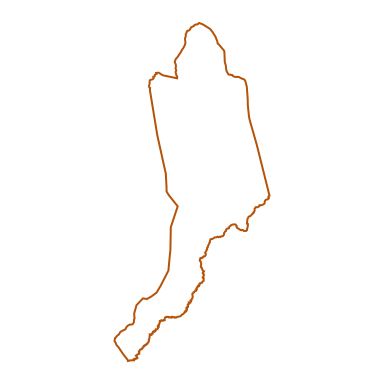 Kacheliba, Rift Valley, Kenya
{"feature_id": "3690345B93324860747201", "entity_name": "Kacheliba", "entity_type": "district", "adm_level": 2, "iso_a3": "KEN", "parent_name": "Kenya", "parent_adm1": "Rift Valley", "projection": "mercator", "projection_center": [35.077, 1.98], "detail": "fine", "context": "isolated", "style": "outline", "palette": "amber", "viewbox_px": 384, "rotation_deg": 0, "n_neighbors": 0, "source": "geoboundaries", "source_scale": "gbopen_adm2", "svg_char_len": 6013}
<svg xmlns="http://www.w3.org/2000/svg" viewBox="0 0 384 384"><path d="M247.7,98.9L246.8,86.7L245.4,81.3L244.8,80.1L243.9,79.3L242.1,78.7L239.0,77.1L237.1,76.8L236.2,77.0L233.9,76.6L233.1,76.1L232.4,75.1L231.1,75.0L230.9,74.8L230.3,74.6L229.0,74.7L228.3,74.1L226.8,71.6L226.1,69.1L226.0,66.7L225.5,64.4L224.8,62.3L224.4,52.2L224.1,50.7L219.0,44.6L217.6,43.4L217.4,41.6L215.5,36.8L212.6,32.1L210.2,29.1L209.7,28.7L203.2,24.6L200.9,23.6L199.0,23.0L197.8,24.2L194.8,24.8L193.9,25.9L191.1,27.4L190.7,27.9L190.2,29.2L189.4,30.1L188.5,30.7L187.5,30.8L187.1,31.0L186.8,31.6L186.6,32.7L186.0,33.6L185.7,34.5L185.8,35.6L185.7,36.4L185.3,37.5L184.9,39.5L185.4,41.5L185.4,42.9L184.7,45.4L183.1,48.4L182.2,49.5L180.4,52.9L179.5,54.0L177.6,57.0L175.7,59.1L174.7,61.9L175.7,64.4L175.9,65.5L175.9,66.8L175.7,67.5L175.6,68.7L176.2,70.3L176.2,70.8L175.6,71.8L175.6,72.2L176.5,75.7L177.2,76.5L177.1,78.3L163.3,75.4L162.0,74.8L158.7,72.7L157.0,72.8L156.2,72.9L156.4,74.0L155.8,74.0L155.0,74.7L154.7,75.4L154.8,76.0L154.4,76.6L154.2,76.8L153.3,76.8L153.3,78.1L153.5,78.4L153.4,78.6L152.8,79.1L151.8,79.6L151.0,79.7L149.7,80.4L149.6,83.7L149.0,85.9L149.2,87.2L149.6,87.7L150.1,88.0L149.9,89.7L150.1,91.3L157.3,135.3L165.8,173.6L166.5,186.7L166.6,191.6L168.9,195.3L177.7,206.3L170.8,227.2L170.4,249.9L169.9,254.4L168.4,270.6L160.7,285.7L156.5,292.7L151.2,296.6L146.9,299.0L142.9,298.4L136.5,305.2L134.2,313.4L134.3,316.3L134.6,318.1L134.1,319.4L133.8,322.3L132.7,324.2L131.7,324.5L129.7,324.6L127.5,325.9L126.4,327.2L125.5,329.1L124.9,329.6L121.6,331.1L120.2,332.2L118.8,334.5L117.1,335.8L115.6,337.7L115.2,337.9L114.9,338.8L114.8,339.8L114.5,340.5L114.7,341.5L115.6,342.6L115.9,343.7L116.8,345.4L118.7,347.5L122.9,353.8L127.6,359.8L127.9,361.0L129.0,360.8L130.2,360.3L133.8,360.3L133.8,359.8L133.6,359.5L133.6,359.2L133.9,359.1L134.6,359.5L135.1,358.7L135.3,358.9L135.5,358.7L136.4,358.7L136.9,358.4L136.9,358.0L137.4,357.8L136.0,355.6L136.6,355.5L137.0,354.8L137.4,354.7L137.6,354.4L139.1,353.8L139.3,353.7L139.3,353.1L139.0,352.8L139.3,352.0L138.9,351.7L138.9,351.4L139.2,351.3L140.0,349.8L140.7,349.6L141.2,349.1L141.9,349.1L142.1,348.9L142.0,348.6L142.4,348.3L142.6,347.6L142.9,347.7L143.8,346.7L143.8,346.0L144.5,345.9L144.6,345.2L144.8,345.1L145.7,345.1L146.2,344.8L146.2,344.4L146.9,343.7L147.1,343.9L147.4,343.8L147.7,342.9L148.4,342.3L148.9,341.0L148.8,340.6L149.1,339.8L148.9,339.4L149.2,338.9L149.7,337.1L149.5,336.1L149.9,335.5L149.8,334.5L150.8,334.9L151.2,334.9L151.1,334.4L151.2,334.2L151.8,334.2L152.0,333.6L152.6,333.5L152.4,333.0L152.9,332.3L152.9,331.8L153.4,331.3L154.0,331.4L154.2,331.8L154.4,331.8L154.7,331.0L155.4,331.0L155.6,330.7L155.5,329.9L155.9,329.6L155.9,329.4L156.5,329.5L157.6,328.9L158.0,328.3L158.0,327.9L158.3,327.5L158.0,327.5L158.1,327.1L158.5,326.1L157.9,325.9L158.6,324.8L159.0,325.0L159.1,324.8L159.3,324.1L159.3,323.5L159.6,323.1L159.9,322.4L159.7,321.1L159.9,320.9L161.2,320.4L161.2,320.9L162.1,320.8L163.0,320.4L163.5,320.6L163.8,320.1L164.6,320.1L164.5,319.6L164.7,319.1L164.9,317.8L165.0,317.6L166.3,316.8L166.9,317.1L167.4,316.9L167.9,316.8L168.5,317.3L168.9,317.0L169.9,317.5L170.3,317.3L170.8,317.4L170.9,317.1L171.7,316.8L171.9,316.8L172.0,317.4L172.9,316.9L174.6,317.6L174.7,317.4L175.2,317.6L176.0,317.2L176.6,317.4L177.5,316.8L179.4,316.5L180.4,316.2L180.7,316.0L181.9,314.6L182.4,314.5L183.3,313.9L184.3,312.9L184.4,312.3L185.2,312.1L185.2,311.2L185.4,311.0L186.2,311.2L186.4,311.1L186.6,310.7L186.5,310.1L187.0,309.4L187.0,309.1L186.4,309.0L186.3,308.6L186.6,307.4L187.9,307.1L188.0,306.7L187.7,306.2L188.0,305.3L187.7,304.7L187.8,304.5L188.5,304.4L188.8,304.1L188.7,302.4L188.9,302.4L189.2,302.7L189.8,302.9L190.4,302.7L191.1,301.2L190.5,300.7L190.4,300.5L191.7,299.7L191.9,298.6L192.6,297.8L192.7,296.4L192.3,294.1L192.4,293.6L193.4,292.9L193.5,292.4L194.1,292.2L194.2,291.8L194.5,291.4L195.8,291.0L195.8,290.5L195.7,290.2L196.4,290.0L196.7,289.7L196.8,289.5L196.3,288.8L196.3,288.5L197.4,287.6L197.3,286.7L197.8,286.1L198.1,286.1L198.6,286.3L198.9,286.2L198.7,285.2L199.0,284.9L199.5,285.0L199.6,284.8L199.7,284.5L199.5,283.6L199.7,283.4L200.6,283.3L201.2,282.8L202.1,282.6L202.1,282.1L202.7,281.4L203.7,280.8L203.6,279.6L203.7,278.0L203.4,277.5L202.9,277.8L202.7,277.6L203.2,277.0L203.2,276.4L203.9,275.5L203.9,274.8L203.7,274.0L202.9,273.6L202.7,273.0L202.9,272.5L203.8,271.7L204.0,271.3L203.2,271.0L202.9,270.7L202.4,269.5L201.9,268.7L201.9,267.9L201.1,267.3L200.8,266.7L200.8,266.0L201.2,265.0L201.1,264.4L201.2,263.3L200.7,262.1L200.7,261.5L199.8,260.8L199.7,260.3L200.0,259.7L200.1,258.5L200.6,258.0L200.9,257.9L201.4,258.2L202.5,257.8L202.6,257.2L203.1,257.0L203.4,256.5L203.7,256.3L204.8,256.3L205.6,255.4L205.6,254.6L205.9,254.0L205.1,252.8L205.7,251.7L206.4,250.9L206.5,249.9L207.1,249.4L207.1,247.9L207.8,247.3L207.9,246.0L208.5,245.3L208.7,244.2L209.2,243.7L209.3,242.8L209.9,242.2L210.0,240.8L210.5,239.3L210.7,239.1L211.9,239.0L213.3,238.5L214.7,237.4L216.4,237.3L217.5,236.7L218.5,237.2L219.5,236.7L220.4,237.0L220.9,236.5L223.0,236.0L224.1,234.5L224.0,233.6L224.2,232.8L224.6,232.4L225.1,231.4L226.0,230.9L226.3,229.3L227.8,228.4L228.7,228.4L228.9,228.3L229.4,226.5L230.7,225.7L231.2,225.1L232.6,224.5L233.3,224.6L234.3,224.3L235.5,224.5L236.6,225.7L236.6,226.1L236.4,226.6L236.8,227.0L237.0,227.8L240.7,230.1L241.2,230.0L241.7,230.2L242.3,230.0L243.1,230.2L243.5,230.5L243.7,230.9L243.9,231.0L245.0,230.8L245.9,231.0L246.2,230.9L247.0,230.1L247.0,229.0L247.4,228.1L247.5,227.2L247.8,226.3L247.9,224.0L247.6,223.8L247.0,223.7L246.9,223.4L247.1,222.6L247.4,219.2L248.6,216.7L249.6,216.4L250.9,215.6L252.4,213.9L253.4,213.2L253.3,212.4L254.1,212.0L254.3,211.1L254.6,210.7L254.6,208.8L255.9,207.1L256.9,207.3L257.9,207.1L259.2,206.2L259.3,205.4L259.5,205.2L260.2,205.1L260.8,205.4L263.0,204.6L263.7,204.2L264.2,203.8L264.7,202.8L264.8,201.3L265.2,200.5L266.0,199.7L267.8,199.3L268.9,198.2L268.9,197.9L268.4,197.6L268.4,196.7L268.7,196.1L269.5,195.7L256.8,144.9L249.7,120.0L249.0,116.6L247.8,104.9L247.7,98.9Z" fill="none" stroke="#b45309" stroke-width="2"/></svg>